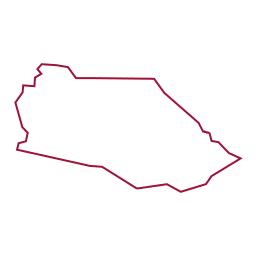 outline of Marion, West Virginia, United States of America
{"feature_id": "52423323B25945038003590", "entity_name": "Marion", "entity_type": "district", "adm_level": 2, "iso_a3": "USA", "parent_name": "United States of America", "parent_adm1": "West Virginia", "projection": "natural_earth1", "projection_center": [-80.207, 39.513], "detail": "fine", "context": "isolated", "style": "outline", "palette": "rose", "viewbox_px": 256, "rotation_deg": 0, "n_neighbors": 0, "source": "geoboundaries", "source_scale": "gbopen_adm2", "svg_char_len": 635}
<svg xmlns="http://www.w3.org/2000/svg" viewBox="0 0 256 256"><path d="M240.6,158.4L228.9,153.1L218.5,142.2L211.5,140.9L209.7,133.6L209.3,133.1L208.5,132.7L207.7,132.7L207.4,132.4L206.7,132.6L205.9,132.0L204.9,132.0L204.8,131.6L204.5,131.4L203.1,131.6L198.6,122.9L164.3,92.9L154.1,78.8L146.9,78.7L90.0,78.1L76.0,78.1L67.9,67.1L56.6,65.2L41.7,64.2L37.4,69.1L41.3,73.8L35.0,77.6L34.4,86.2L23.2,85.4L22.6,92.4L15.4,102.5L22.3,127.1L27.7,132.8L25.9,141.3L18.7,143.2L17.0,149.7L89.8,165.9L102.1,166.8L136.5,188.3L138.6,188.3L166.9,184.2L180.8,191.8L206.0,184.1L211.5,176.1L240.6,158.4Z" fill="none" stroke="#9f1239" stroke-width="2"/></svg>